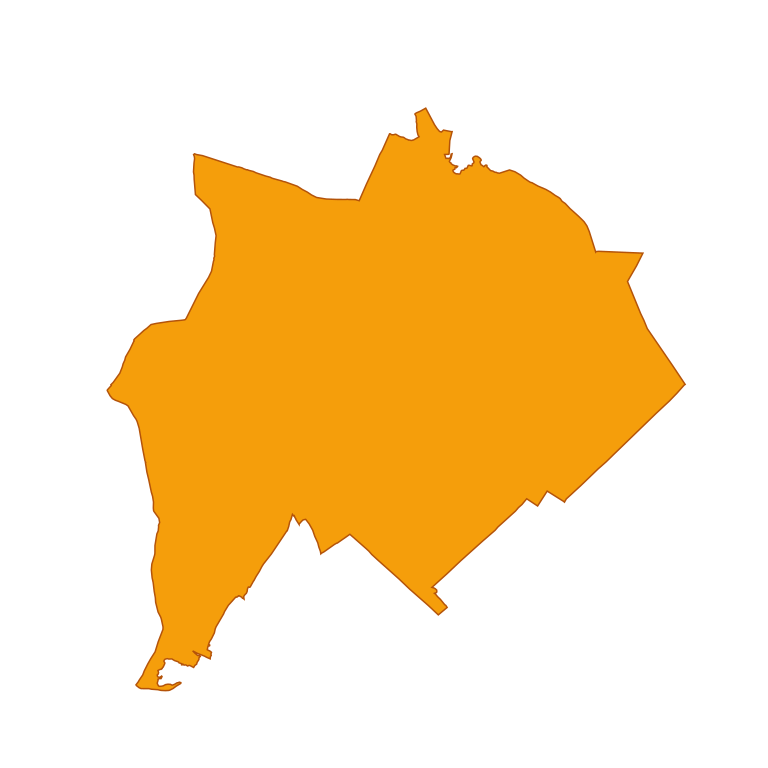 Fibis, Timis, Romania, rotated 80°
{"feature_id": "2599482B17548071630420", "entity_name": "Fibis", "entity_type": "district", "adm_level": 2, "iso_a3": "ROU", "parent_name": "Romania", "parent_adm1": "Timis", "projection": "mercator", "projection_center": [21.414, 45.966], "detail": "fine", "context": "isolated", "style": "filled", "palette": "amber", "viewbox_px": 768, "rotation_deg": 80, "n_neighbors": 0, "source": "geoboundaries", "source_scale": "gbopen_adm2", "svg_char_len": 6166}
<svg xmlns="http://www.w3.org/2000/svg" viewBox="0 0 768 768"><g transform="rotate(80 384 384)"><path d="M637.2,680.5L638.0,680.2L640.6,677.9L641.8,676.1L643.2,668.4L644.2,666.0L645.8,659.7L647.0,656.9L648.0,652.6L648.4,649.3L648.3,648.1L647.3,644.7L645.4,640.9L643.7,636.4L643.2,635.9L642.8,635.9L642.1,637.3L642.4,638.9L642.3,639.6L643.4,642.5L643.8,644.6L643.6,645.3L642.7,646.4L642.1,649.0L642.1,651.4L642.9,653.8L643.0,655.4L642.8,657.3L642.4,658.3L641.1,658.9L639.3,659.3L636.6,658.0L635.5,657.9L635.4,657.1L634.9,656.5L635.1,656.1L634.9,655.4L635.4,655.1L635.4,654.7L633.6,653.4L633.0,653.7L633.7,655.1L633.8,656.5L633.1,657.6L632.3,657.9L631.1,657.8L630.4,656.7L629.0,656.1L626.9,656.4L626.2,654.1L626.3,653.0L625.8,652.6L625.8,652.0L624.8,651.3L624.4,650.6L621.2,648.4L620.2,648.3L619.4,648.8L618.8,648.9L617.9,648.5L617.0,647.4L616.8,645.2L617.5,643.7L617.9,640.7L620.0,638.3L621.8,635.0L622.5,634.4L623.0,634.3L624.3,631.8L624.5,631.6L624.9,632.1L625.4,632.1L625.6,630.8L625.3,630.3L626.1,629.7L626.2,628.0L627.6,626.4L627.3,624.9L627.5,624.1L630.1,620.7L628.3,619.1L627.4,617.2L625.7,616.4L623.3,614.2L621.3,613.6L620.4,612.2L619.8,612.5L619.4,613.1L619.0,614.7L616.1,617.1L614.1,618.4L614.0,618.2L616.7,614.7L620.8,608.1L622.3,606.2L624.5,602.9L622.7,602.4L621.9,601.9L621.4,601.3L619.8,601.3L618.3,600.5L617.1,601.4L615.0,604.2L611.5,602.8L611.7,601.9L611.4,601.1L610.7,601.0L610.0,602.0L607.4,600.5L605.0,598.2L599.7,594.3L595.8,592.7L593.9,591.5L582.6,581.9L580.5,580.6L574.9,575.7L568.2,567.1L568.1,566.5L568.4,566.0L567.6,564.2L567.3,564.1L567.3,563.6L569.3,561.1L570.4,560.6L570.8,559.8L571.5,559.2L569.0,559.1L567.7,558.0L566.1,555.8L564.5,554.8L562.2,554.1L560.6,553.1L560.4,552.6L560.8,551.8L560.8,551.3L560.4,550.8L555.1,546.5L555.1,546.3L551.5,543.5L546.9,539.3L542.6,536.0L540.2,533.8L531.8,524.4L511.8,505.2L511.8,504.8L507.8,502.6L503.4,500.8L501.4,499.2L496.5,496.8L498.3,495.8L498.1,495.3L500.4,494.8L501.2,494.3L502.1,494.3L507.6,492.0L507.2,491.9L504.9,489.0L503.9,487.5L503.7,486.4L503.7,484.6L508.7,482.0L515.6,479.6L522.1,478.6L528.9,476.8L533.2,476.5L537.7,475.7L540.3,475.7L539.8,475.0L538.9,472.3L533.4,460.7L532.5,458.2L532.6,457.7L526.1,443.7L543.0,430.2L546.0,427.9L549.7,425.7L556.0,420.9L578.7,403.0L590.4,394.4L610.0,378.7L620.8,370.6L615.0,360.6L612.7,361.6L611.9,362.5L605.8,365.9L602.7,368.2L599.8,369.8L598.9,370.6L598.6,368.9L598.0,368.1L596.1,367.9L594.6,369.0L593.5,370.3L592.6,372.1L581.8,354.9L571.5,339.3L555.8,314.1L547.3,299.9L544.7,296.8L532.0,276.6L529.1,273.1L526.6,269.0L521.8,263.4L530.8,253.9L517.8,241.9L530.8,227.5L531.7,226.8L528.8,224.4L517.8,207.2L504.8,187.9L499.2,178.7L492.9,169.5L460.1,121.0L450.3,105.9L443.7,96.8L437.2,88.6L436.7,87.5L416.0,96.6L375.2,115.1L366.4,117.0L359.3,119.0L325.3,126.4L311.5,114.8L300.1,106.3L290.6,149.6L290.4,152.2L290.8,152.6L269.4,155.4L263.6,156.7L259.1,158.7L257.3,159.9L252.7,163.2L243.5,170.4L237.8,174.1L235.0,176.9L232.0,178.3L230.6,179.6L227.9,182.8L223.9,186.7L220.5,190.8L215.8,198.0L211.4,203.4L210.9,204.7L209.5,206.3L205.6,210.3L202.1,213.1L197.7,218.2L195.0,223.2L196.5,233.9L196.1,234.6L196.0,235.4L195.1,236.6L194.6,238.2L193.3,239.7L192.3,242.0L187.9,245.0L187.2,244.7L186.6,244.7L186.3,244.9L186.1,246.0L186.6,246.9L187.2,247.4L187.3,248.1L186.2,248.9L184.9,250.4L182.0,251.0L181.4,250.6L180.8,249.6L180.3,249.4L179.2,249.7L177.8,250.7L176.0,252.6L175.5,254.4L175.7,255.5L176.4,256.9L177.5,257.6L181.0,256.8L181.8,257.3L182.7,258.9L184.3,259.3L184.4,259.9L183.3,262.4L183.4,263.1L185.7,264.7L185.9,265.3L185.7,266.7L187.0,267.9L187.3,268.5L187.1,269.9L187.3,270.7L190.1,272.5L190.3,272.9L190.3,273.5L189.7,275.5L189.6,276.4L188.3,278.0L187.1,278.9L185.6,279.1L185.2,278.6L184.8,277.0L183.5,276.6L183.3,276.3L183.6,275.3L182.8,274.0L182.4,273.7L181.8,274.8L181.6,276.0L180.0,278.4L178.7,279.6L177.9,279.7L177.2,280.6L176.1,281.0L172.8,278.6L169.1,277.0L169.2,277.9L171.7,278.9L172.8,279.7L173.2,281.2L173.1,281.7L172.8,281.8L172.6,283.8L168.5,284.5L169.0,280.7L168.8,280.0L155.7,276.9L147.3,273.1L147.2,273.8L144.3,281.3L145.8,283.6L145.4,284.7L144.8,285.5L141.8,287.3L137.5,289.2L119.6,295.0L121.7,301.1L122.5,304.6L123.0,306.0L123.5,306.7L126.0,305.9L130.2,306.3L131.3,306.7L133.6,306.5L137.0,307.2L141.1,307.5L144.6,307.3L146.6,306.5L148.8,312.5L148.9,313.3L148.8,313.5L149.0,314.3L148.7,315.5L148.2,316.3L148.2,317.1L148.0,317.5L147.7,317.7L146.3,320.1L144.8,321.5L144.3,322.2L143.6,324.5L142.7,326.0L140.1,329.0L140.0,329.7L140.2,331.3L140.0,332.5L139.7,333.5L138.8,334.2L138.6,335.1L153.5,345.1L157.2,348.3L167.6,355.0L184.0,366.5L199.2,376.6L197.4,380.2L196.1,387.0L195.7,388.3L195.7,389.3L193.9,399.1L191.8,408.8L188.6,418.0L185.2,422.6L181.7,426.2L178.3,430.6L174.2,435.0L167.8,446.2L167.0,448.2L166.4,449.1L162.5,457.3L161.7,458.8L160.7,460.0L158.7,464.3L153.8,473.3L152.0,475.8L149.9,480.5L149.4,481.0L149.1,482.3L147.7,484.7L146.4,486.4L145.0,489.4L144.9,490.5L127.6,523.0L125.5,528.7L124.4,530.6L125.0,531.7L126.9,531.3L129.2,531.4L133.3,532.7L142.1,534.8L145.4,534.8L149.5,535.4L164.7,536.8L171.8,531.6L181.4,525.0L195.4,524.6L201.0,523.9L208.8,523.6L215.5,525.6L227.2,528.6L228.7,528.6L230.5,529.7L232.3,529.9L233.4,530.6L243.0,534.3L248.6,538.3L262.6,550.8L284.8,567.2L286.0,568.4L286.2,569.2L286.1,572.0L285.1,584.7L284.8,597.8L285.0,603.1L287.9,607.8L289.6,611.2L296.2,621.7L297.3,622.8L298.2,622.6L298.8,623.2L305.7,628.1L312.5,633.8L315.6,635.2L318.8,637.4L321.8,638.8L327.5,642.3L335.4,650.4L337.3,653.1L338.1,652.8L341.7,657.4L342.4,657.7L348.0,655.8L351.2,654.0L353.4,651.3L354.7,649.0L359.2,641.9L361.1,639.9L371.7,636.1L375.6,634.3L378.2,633.6L385.1,632.8L406.3,632.9L418.2,632.7L419.8,632.3L419.9,632.6L429.4,632.8L437.5,632.3L450.1,631.9L454.4,631.4L460.2,631.5L466.1,632.7L468.7,632.9L469.5,632.7L477.2,629.0L481.5,629.0L484.0,630.6L485.6,630.8L489.5,631.9L492.2,633.7L503.3,637.6L510.9,639.0L512.8,639.7L521.0,643.9L526.7,645.4L534.6,646.0L539.5,645.8L548.3,646.3L554.8,646.3L559.4,646.8L569.3,646.1L574.8,644.4L576.9,644.1L584.8,643.8L587.3,644.3L598.6,651.1L608.0,655.9L614.0,661.4L618.6,665.2L624.9,669.9L628.6,672.1L632.8,676.2L634.7,677.8L637.2,680.5Z" fill="#f59e0b" stroke="#b45309" stroke-width="1.5"/></g></svg>